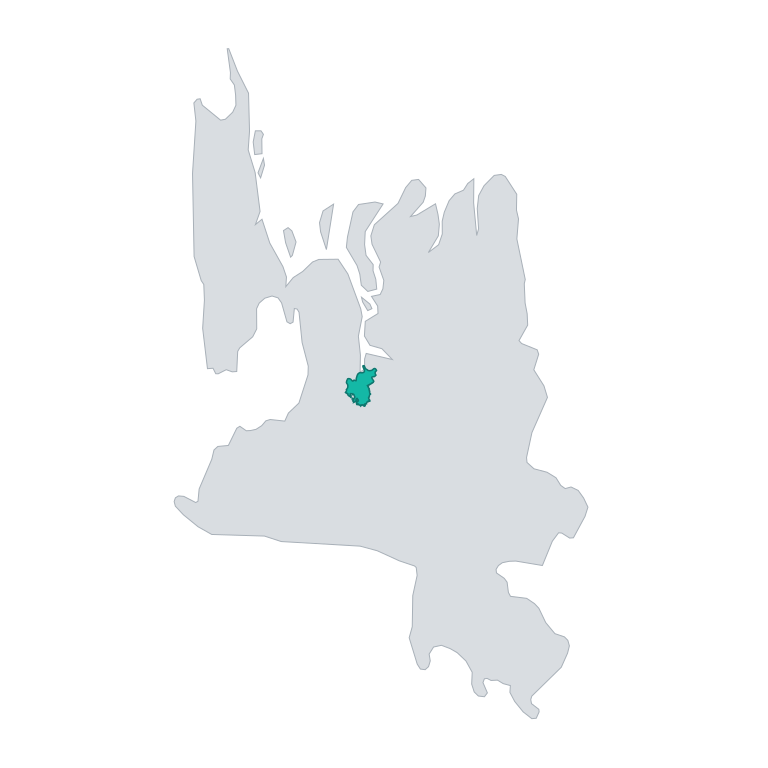 Narayanganj, Dhaka, Bangladesh (highlighted), rotated 185°
{"feature_id": "16705992B28796010313895", "entity_name": "Narayanganj", "entity_type": "district", "adm_level": 2, "iso_a3": "BGD", "parent_name": "Bangladesh", "parent_adm1": "Dhaka", "projection": "natural_earth1", "projection_center": [90.594, 23.715], "detail": "fine", "context": "in_parent", "style": "filled", "palette": "teal", "viewbox_px": 768, "rotation_deg": 185, "n_neighbors": 0, "source": "geoboundaries", "source_scale": "gbopen_adm2", "svg_char_len": 8893}
<svg xmlns="http://www.w3.org/2000/svg" viewBox="0 0 768 768"><g transform="rotate(185 384 384)"><path d="M264.4,560.2L264.3,540.1L252.4,500.4L253.0,496.1L250.5,477.0L247.5,466.4L246.0,455.2L253.3,439.0L250.4,436.3L234.4,431.4L232.5,427.2L236.0,411.2L224.5,396.1L220.0,384.9L232.4,348.5L235.6,323.2L234.7,318.3L227.2,312.6L213.9,310.3L204.5,305.6L199.1,298.4L194.4,295.6L188.7,297.7L181.3,294.9L175.2,287.8L170.1,279.1L172.2,269.7L181.9,247.3L185.6,246.7L193.9,251.0L197.1,251.0L202.6,242.1L210.4,217.0L237.3,219.1L243.8,218.3L250.5,216.3L254.2,213.1L256.2,209.1L255.5,205.6L247.3,200.9L244.1,197.3L241.9,187.2L239.5,183.5L223.2,182.9L214.9,178.3L210.2,174.1L202.1,160.4L192.0,150.2L182.2,147.8L178.5,144.6L176.5,139.3L177.7,131.8L182.7,117.3L209.6,85.9L210.3,82.4L209.2,78.4L201.4,73.4L200.9,70.9L203.2,64.3L207.6,63.5L216.8,69.5L226.1,79.1L231.7,87.8L231.8,94.6L239.1,95.9L245.2,98.9L251.5,98.0L255.6,99.7L258.3,99.1L259.4,95.2L254.1,85.3L256.7,81.2L262.8,81.4L267.3,85.1L270.5,92.7L271.0,104.5L278.2,115.2L287.6,122.7L295.1,126.2L304.0,128.7L311.7,126.3L315.5,118.9L313.8,112.2L315.0,106.3L318.1,103.0L322.9,103.2L326.5,107.9L336.8,133.4L334.7,144.7L336.9,175.7L334.3,196.2L335.9,204.0L337.7,205.4L353.4,209.2L376.2,217.3L393.7,220.4L472.6,218.1L489.8,222.1L542.5,219.1L556.8,225.6L572.4,236.2L581.2,244.1L582.8,248.6L581.9,252.4L579.0,254.6L573.6,254.6L561.2,249.5L559.1,251.0L559.0,263.3L549.0,294.0L547.6,303.5L544.1,307.3L533.7,309.2L526.8,327.1L523.9,329.3L517.1,325.4L512.9,326.0L507.5,327.7L502.2,331.8L498.5,337.0L494.3,338.7L479.6,338.4L476.7,346.7L467.1,357.6L460.5,386.4L461.0,395.2L469.2,418.2L474.9,448.1L477.1,451.1L479.9,451.4L480.0,437.7L482.7,435.9L486.1,437.5L493.1,455.9L497.1,460.6L503.2,461.9L510.2,459.1L515.4,453.7L517.5,447.9L515.6,427.8L518.9,419.6L530.9,407.4L532.6,403.7L531.8,383.6L536.3,382.9L542.4,384.5L550.1,379.7L552.5,379.6L555.7,384.8L561.2,383.9L569.5,423.7L570.2,451.9L572.2,467.5L575.1,471.1L584.3,494.5L593.1,577.1L594.3,629.5L597.9,647.4L595.0,651.4L592.0,652.1L589.3,645.9L569.8,632.6L565.1,633.9L558.4,641.6L555.8,648.8L557.0,658.9L559.1,668.8L563.8,674.5L564.1,680.8L569.4,704.3L567.9,704.5L557.3,683.0L544.3,661.9L540.0,624.1L539.7,605.4L530.8,583.4L522.5,545.1L526.0,531.6L519.9,537.5L510.1,514.5L494.9,492.1L490.5,482.1L490.3,472.4L483.7,482.1L474.8,489.0L465.8,499.3L459.8,502.4L440.6,504.3L429.6,490.5L413.7,456.8L411.6,449.2L413.7,429.4L410.0,410.6L408.9,394.1L406.0,395.6L404.9,400.1L405.5,407.1L404.4,412.9L377.8,409.1L389.2,419.0L401.3,421.3L407.7,430.1L408.1,444.8L396.1,453.7L397.1,461.1L404.1,470.2L395.6,472.8L393.4,478.7L393.2,487.2L399.1,500.1L398.0,505.2L408.1,522.2L410.0,530.4L407.5,541.8L385.8,565.1L379.5,581.6L374.1,589.3L367.4,590.8L359.3,583.0L359.2,574.9L360.8,568.5L372.2,553.1L366.0,555.2L348.4,568.0L345.0,557.6L342.8,548.0L342.8,536.3L351.3,518.8L341.7,527.5L339.0,538.5L340.2,551.3L338.9,560.4L335.1,572.3L330.0,579.5L321.7,584.0L318.0,591.1L312.4,596.3L310.5,572.3L304.6,540.0L303.3,546.9L306.4,567.0L306.1,580.0L301.6,590.3L292.4,601.4L285.4,603.0L281.3,601.3L268.3,584.6L267.2,568.8L264.4,560.2ZM425.0,560.6L408.8,564.5L400.6,563.3L416.0,534.2L415.5,521.2L413.1,510.6L405.2,502.0L404.8,495.9L401.3,487.6L399.5,477.9L408.2,474.8L415.2,480.4L417.7,491.4L421.2,499.7L433.4,516.8L433.2,527.2L429.9,552.8L425.0,560.6ZM459.8,551.1L449.9,558.8L453.1,512.9L460.4,530.0L462.3,539.1L459.8,551.1ZM497.5,528.1L493.2,531.4L489.1,528.5L484.0,517.8L486.5,504.1L488.1,502.2L494.3,516.1L497.5,528.1ZM534.2,625.0L528.6,625.5L525.9,622.2L527.1,617.6L525.6,602.8L532.8,601.3L535.4,613.7L534.2,625.0ZM527.9,583.4L523.8,598.2L522.1,591.6L524.9,578.6L527.9,583.4ZM412.4,463.8L414.0,468.5L405.0,462.4L402.6,458.0L406.6,455.7L412.4,463.8Z" fill="#d9dde1" stroke="#a8b0b8" stroke-width="1"/><path d="M421.0,375.1L420.8,374.9L420.8,374.7L420.7,374.2L421.1,373.2L421.6,372.3L421.0,372.1L420.9,371.9L420.7,371.8L420.7,371.6L420.2,371.7L419.9,371.2L419.1,371.0L419.1,370.9L419.1,370.7L419.3,370.5L419.0,370.0L418.6,369.5L418.0,369.3L417.7,368.9L417.5,368.7L417.1,368.6L416.9,368.7L416.5,368.6L416.4,368.5L416.1,368.2L415.9,368.0L415.7,367.8L415.6,368.0L415.8,368.1L415.9,368.3L415.8,368.7L415.8,368.8L415.9,368.7L415.9,369.0L416.1,369.1L416.2,369.3L416.3,369.2L416.4,369.4L416.4,369.7L416.6,370.0L416.6,370.5L416.7,370.9L416.8,371.1L416.7,371.2L416.3,371.3L416.3,371.5L416.2,371.6L415.8,371.4L415.7,371.4L415.3,371.4L415.0,371.6L414.4,371.4L414.6,371.2L414.5,370.8L414.4,370.7L414.3,370.8L414.2,370.9L414.1,371.1L413.9,371.0L413.6,371.2L413.4,371.1L413.2,371.0L413.1,370.9L412.8,370.0L412.6,369.6L412.4,369.4L412.1,369.1L412.0,368.6L411.9,368.3L412.1,367.9L412.3,367.4L412.5,367.1L412.7,366.9L413.2,366.8L413.7,366.7L413.8,366.7L414.0,367.0L414.1,366.9L414.3,366.6L414.3,366.3L414.2,366.3L414.2,366.2L413.6,366.4L413.7,366.2L413.4,366.1L413.3,365.9L412.8,365.6L412.7,365.5L412.8,365.3L412.9,365.2L413.2,365.1L413.5,364.8L413.3,364.7L413.2,364.4L413.3,364.1L412.9,364.0L412.7,363.9L412.7,363.2L412.6,363.3L412.4,363.5L412.2,363.5L411.6,363.4L411.5,363.5L411.3,363.7L410.7,364.1L410.5,364.8L410.5,365.1L410.2,365.2L410.3,365.4L410.3,365.6L410.5,365.9L410.5,366.3L410.4,366.5L410.3,366.8L410.2,366.9L410.0,366.7L409.9,366.8L409.5,367.3L409.4,367.3L409.2,367.1L409.2,366.9L408.9,366.4L408.4,366.0L408.5,365.8L408.2,365.4L408.1,365.2L408.1,364.9L408.3,364.7L408.5,364.4L409.1,364.6L409.2,364.0L409.3,363.6L409.4,363.2L409.4,362.9L409.6,363.0L409.5,362.6L409.7,362.1L409.5,361.6L409.3,361.7L409.2,361.7L409.0,361.3L408.9,361.1L408.5,361.2L408.5,361.3L408.4,361.9L408.2,361.9L407.8,361.8L407.8,361.7L407.7,361.4L407.5,361.1L407.2,361.0L406.6,361.0L405.8,360.4L405.6,360.5L405.4,360.5L405.1,360.5L405.1,360.4L405.0,360.5L405.0,360.8L404.6,360.6L404.4,360.7L404.4,360.9L404.2,360.9L404.2,361.0L404.3,361.0L404.3,361.3L404.2,361.4L403.9,361.3L403.8,361.5L403.8,361.3L403.4,361.3L403.4,361.2L403.2,361.2L403.3,361.3L403.2,361.4L402.8,361.1L402.7,361.2L402.6,361.3L402.4,361.3L402.3,361.2L402.3,360.7L402.2,360.7L402.1,360.9L402.0,360.6L401.8,360.5L401.8,360.2L401.6,360.2L401.8,360.6L401.7,360.9L401.4,360.8L401.4,360.7L401.0,360.9L401.0,361.1L400.8,361.2L400.8,361.3L400.9,361.5L401.0,361.5L401.2,362.1L401.2,362.4L401.1,362.5L401.0,362.4L401.0,362.5L400.7,362.5L400.3,362.7L400.0,362.6L399.7,362.7L399.8,363.1L399.7,363.5L399.7,363.8L399.5,364.1L399.5,364.4L399.4,364.5L399.1,364.7L398.9,364.7L398.7,364.9L398.6,365.0L398.4,365.0L398.4,365.3L398.1,365.3L398.1,365.6L397.7,365.8L397.0,365.6L396.8,365.5L396.6,365.6L396.6,365.8L396.6,366.1L396.7,366.5L397.0,366.7L397.1,367.1L397.4,367.4L397.5,367.4L397.8,367.8L398.0,368.1L397.9,368.6L398.0,368.6L398.0,368.8L398.1,369.0L397.9,369.1L397.7,369.7L397.7,369.8L397.8,370.1L397.6,370.4L397.5,370.6L397.5,371.4L397.4,371.8L397.0,372.3L396.6,372.6L396.5,372.8L396.6,373.0L396.8,373.2L397.1,373.2L397.3,373.4L397.6,373.9L397.6,374.2L397.5,374.6L397.6,375.1L397.6,375.4L397.7,375.5L398.0,375.7L398.1,375.8L398.1,376.1L397.9,376.2L397.9,376.6L398.1,376.8L398.5,377.2L398.5,377.5L398.3,377.9L398.3,378.0L398.7,378.4L398.9,378.5L399.0,378.6L399.1,378.9L399.3,379.2L399.2,379.2L399.2,379.5L399.2,379.8L399.4,380.0L400.0,380.4L400.4,381.0L400.1,381.2L399.7,381.4L399.4,381.4L399.1,381.5L399.0,381.9L398.4,381.9L398.2,382.1L398.3,382.4L398.2,382.5L397.9,382.5L397.6,382.7L397.4,382.7L397.2,383.0L396.8,383.1L396.5,383.7L396.3,383.7L396.0,384.0L395.7,383.9L395.4,384.2L395.4,384.4L395.1,384.6L394.8,384.8L394.8,385.1L394.5,385.6L394.4,385.9L394.7,386.2L395.0,386.7L396.0,388.0L396.2,388.3L396.6,388.8L396.7,389.0L396.7,389.4L396.7,389.7L396.5,389.9L394.9,390.5L394.6,390.4L394.3,390.5L393.9,390.8L393.4,391.3L393.2,391.7L393.1,392.0L392.8,392.2L393.1,392.6L393.7,393.5L393.8,394.7L393.8,395.2L393.6,395.5L392.9,396.3L392.7,396.7L392.6,396.9L392.8,397.2L393.2,397.7L393.4,398.0L393.9,398.4L394.4,398.6L394.9,398.6L395.2,398.5L395.7,398.2L396.9,396.9L397.6,396.5L397.9,396.4L399.4,396.0L400.1,396.0L400.9,396.1L401.4,396.2L401.7,396.6L402.7,397.1L402.8,397.1L403.1,397.2L403.4,397.5L404.1,398.2L404.5,399.1L404.7,399.4L405.0,399.8L405.3,400.4L406.1,400.5L406.3,400.4L406.5,400.3L406.6,400.0L406.5,399.6L406.2,398.7L405.9,398.1L405.5,397.7L405.3,397.2L405.1,396.9L405.1,396.7L404.9,396.4L404.7,396.0L404.6,395.3L404.7,394.7L404.9,394.3L405.1,394.0L405.7,393.6L406.0,393.4L407.1,393.2L407.9,393.2L408.5,393.3L409.2,393.1L409.9,392.7L410.3,392.3L410.7,391.7L411.0,391.6L411.5,390.1L411.8,388.6L412.0,387.7L412.1,386.8L412.0,386.1L412.0,385.3L412.2,384.8L412.3,384.8L412.6,384.8L413.4,385.1L413.5,385.1L413.8,385.2L414.6,385.0L414.8,384.5L415.2,384.3L415.6,384.2L415.8,384.3L416.1,384.5L416.9,385.2L417.5,385.8L418.5,386.2L419.2,386.3L419.8,386.3L420.3,386.1L420.6,386.0L420.8,385.7L420.9,385.2L421.3,384.2L421.4,383.8L421.5,383.3L421.5,382.9L421.6,382.3L421.3,381.6L420.6,380.8L420.1,380.0L419.9,379.2L419.8,377.9L419.9,377.1L420.0,376.9L420.4,376.0L421.0,375.1Z" fill="#14b8a6" stroke="#0f766e" stroke-width="1.5"/></g></svg>